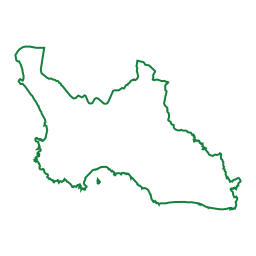 Laem Ngop, Trat, Thailand
{"feature_id": "78962969B48901516523989", "entity_name": "Laem Ngop", "entity_type": "district", "adm_level": 2, "iso_a3": "THA", "parent_name": "Thailand", "parent_adm1": "Trat", "projection": "natural_earth1", "projection_center": [102.364, 12.232], "detail": "fine", "context": "isolated", "style": "outline", "palette": "green", "viewbox_px": 256, "rotation_deg": 0, "n_neighbors": 0, "source": "geoboundaries", "source_scale": "gbopen_adm2", "svg_char_len": 5800}
<svg xmlns="http://www.w3.org/2000/svg" viewBox="0 0 256 256"><path d="M44.2,47.8L36.2,47.8L29.8,46.6L25.2,46.6L23.0,47.1L19.5,49.3L17.9,51.1L15.4,55.1L16.4,60.4L17.7,61.4L19.1,61.4L20.8,64.8L22.5,69.9L22.5,71.5L23.6,75.8L23.5,78.6L22.9,80.2L22.6,79.9L22.0,80.4L20.2,79.1L19.0,80.3L18.6,81.4L20.4,83.9L21.8,84.1L22.6,83.8L25.4,86.8L31.2,95.0L32.3,95.8L34.3,99.7L35.7,101.5L38.2,106.0L38.6,106.1L38.7,107.1L40.3,110.7L41.3,111.8L41.6,113.5L44.9,119.4L45.5,121.8L45.2,122.5L44.6,123.0L44.8,123.8L44.3,125.5L45.0,125.3L46.4,125.9L47.2,130.3L45.5,138.1L43.5,140.4L42.5,140.8L42.2,140.4L42.1,140.8L40.7,140.2L40.9,139.6L40.5,139.2L39.5,139.7L39.3,139.0L37.2,138.6L36.8,137.9L36.2,138.0L35.4,138.8L35.4,140.0L35.9,141.2L38.3,141.9L38.2,142.8L39.2,145.0L38.9,146.2L39.4,146.2L39.7,146.8L39.6,147.9L38.4,148.1L37.5,149.1L38.2,149.0L39.3,148.2L40.7,149.6L40.5,150.9L39.2,151.3L37.5,153.0L37.4,153.8L38.4,153.9L38.7,154.3L39.2,154.1L39.1,156.2L38.3,156.4L38.1,155.4L37.7,155.5L37.3,156.6L36.3,156.9L36.1,157.8L35.6,158.0L36.8,158.8L36.6,159.8L35.1,160.1L35.6,160.4L36.7,160.3L36.4,161.5L37.2,161.1L37.8,161.6L38.8,163.2L38.7,163.5L39.2,163.7L40.0,166.3L39.5,166.8L39.5,168.2L40.1,169.2L42.0,169.6L42.6,169.0L43.6,169.2L44.2,170.5L44.4,172.2L45.9,173.8L47.6,174.3L48.0,175.6L47.1,176.9L47.8,177.6L49.1,178.2L49.2,179.0L50.0,178.7L50.6,179.4L51.7,179.8L51.9,180.2L52.6,180.2L53.4,181.7L53.8,181.1L54.4,181.9L54.8,181.2L57.3,180.6L57.9,180.1L58.3,180.4L58.2,181.3L58.9,182.7L59.6,181.5L60.4,181.2L61.0,181.3L61.8,182.0L62.6,181.2L63.9,180.6L63.9,179.8L64.2,179.4L64.7,179.7L64.8,179.2L66.7,180.8L67.1,181.8L68.0,182.0L70.3,183.9L72.3,186.5L72.3,187.0L73.3,187.1L74.1,186.2L76.3,186.8L76.3,186.2L76.9,186.0L77.5,185.1L79.0,184.9L79.8,184.3L80.5,185.4L79.2,186.8L79.2,187.4L79.8,186.8L80.9,187.2L80.7,188.0L81.5,188.9L81.4,189.6L82.4,188.4L83.0,188.4L84.1,189.7L84.8,189.8L85.1,189.5L84.8,188.7L85.0,188.2L86.6,186.8L86.5,186.3L84.4,184.6L83.9,183.3L84.0,182.1L85.3,179.6L85.3,177.9L92.7,170.2L95.2,169.4L95.6,169.7L97.0,168.9L97.4,169.2L98.6,168.2L101.3,167.0L105.2,166.8L106.7,167.1L107.6,167.7L108.6,168.6L108.7,169.3L109.6,169.1L111.4,171.4L112.1,170.8L112.9,171.4L112.9,171.7L113.7,171.9L114.5,173.0L113.9,174.3L114.6,175.2L115.3,175.3L116.0,173.6L118.5,173.1L120.3,173.6L121.1,174.5L121.3,174.4L121.1,174.0L121.5,173.2L123.0,172.8L124.2,173.0L125.4,173.8L125.8,173.4L126.5,173.5L127.0,174.2L127.8,173.6L128.5,173.8L131.0,177.1L130.8,178.1L131.0,178.6L131.7,177.5L132.4,178.1L136.9,183.0L137.6,184.0L137.4,184.4L138.7,185.5L139.7,185.5L142.0,187.7L142.1,188.5L142.7,188.0L143.7,188.4L144.5,188.0L146.2,188.6L148.2,189.9L150.3,194.5L150.6,194.5L151.5,198.9L152.0,199.8L153.0,200.7L153.0,201.3L153.5,201.9L154.2,201.2L155.3,202.1L155.6,201.6L156.3,202.9L156.6,203.1L157.0,202.7L158.3,203.2L159.0,204.4L159.2,203.7L159.7,203.8L160.7,203.3L166.1,203.3L169.3,202.5L176.1,202.0L184.4,201.9L188.5,202.4L191.5,202.2L197.9,203.3L198.8,204.3L199.4,204.6L199.7,204.6L199.7,204.1L200.3,204.6L200.4,204.2L201.0,204.5L201.2,204.2L206.0,206.8L208.3,207.4L208.5,208.0L209.2,207.6L218.4,209.1L222.6,209.4L227.0,208.8L228.1,208.3L230.9,207.9L231.2,208.1L230.5,208.7L230.3,209.4L230.9,209.3L231.1,208.8L232.0,209.2L232.4,209.1L232.4,208.6L233.0,209.0L234.1,208.2L234.9,208.6L236.3,205.1L235.7,201.9L237.1,199.7L237.3,198.2L236.2,196.6L235.1,197.4L234.2,197.2L233.1,194.5L232.9,192.2L231.0,190.2L230.6,189.1L231.5,188.4L233.0,188.9L233.4,188.1L234.0,188.4L234.6,187.7L235.3,188.0L236.1,189.1L236.8,187.4L236.7,186.3L237.7,185.5L238.3,185.5L238.2,184.0L238.8,182.9L240.6,181.4L240.1,179.8L238.9,178.2L237.7,178.1L235.3,179.6L233.5,179.9L232.2,181.6L230.9,181.2L230.0,181.8L229.1,179.5L227.9,177.6L227.5,178.4L226.8,178.4L226.3,175.9L225.6,174.6L225.8,171.9L224.9,171.3L224.5,170.3L224.7,169.4L223.3,168.6L224.1,166.8L223.3,165.9L223.3,161.7L222.6,161.2L222.4,159.9L221.0,158.8L220.8,156.8L221.2,154.4L220.8,153.7L219.8,153.3L218.6,154.6L216.8,155.0L215.6,154.6L213.9,155.1L213.4,155.7L212.6,155.9L209.3,154.8L207.7,152.1L207.0,151.6L205.9,150.0L205.6,149.0L206.0,148.3L204.8,147.7L204.1,148.1L203.7,149.3L202.8,149.2L203.5,148.1L203.7,147.2L202.3,146.4L202.8,145.1L201.7,144.3L202.4,144.1L202.5,143.6L201.3,143.9L200.5,142.7L199.9,142.9L199.2,141.7L199.2,140.8L198.2,140.4L197.1,141.1L195.2,139.8L194.6,141.5L194.1,141.5L193.7,139.5L194.5,139.3L194.8,137.3L193.7,136.8L193.6,136.2L194.1,135.5L193.3,134.5L192.2,134.9L190.9,132.7L187.6,132.2L187.3,131.4L186.4,130.7L182.3,130.5L181.2,129.8L179.9,130.4L177.9,130.4L175.8,129.6L174.4,128.5L173.8,127.4L173.7,125.0L171.6,124.4L170.4,121.7L168.4,120.4L168.2,119.6L169.0,117.2L169.0,115.4L168.7,113.1L167.6,112.2L167.2,110.8L167.6,110.1L167.2,109.5L167.4,107.9L164.9,105.5L164.1,103.5L165.3,96.8L166.6,91.8L166.3,90.9L165.3,90.1L165.2,85.8L166.0,84.3L167.5,83.4L168.2,82.3L167.5,81.8L166.0,81.8L164.5,80.9L161.7,81.1L157.8,79.7L155.9,79.7L154.3,80.2L153.0,79.8L152.7,79.3L153.4,77.7L153.1,76.4L153.2,75.0L155.0,71.8L155.1,71.1L149.2,65.5L145.1,64.6L144.1,62.7L143.3,62.1L137.4,60.7L136.5,66.4L137.3,68.1L136.8,70.9L138.2,76.1L137.9,77.5L136.6,79.2L135.1,80.2L134.0,79.4L133.4,80.0L133.1,79.8L130.8,80.8L129.5,82.8L127.9,83.9L127.6,84.8L126.0,85.2L124.0,88.5L122.0,88.0L118.8,90.3L114.7,90.3L113.1,90.9L108.8,100.7L107.9,102.5L106.9,103.5L105.5,103.8L103.8,103.5L97.9,98.4L96.1,98.1L94.7,99.0L92.4,103.0L91.2,103.5L89.7,103.4L89.0,103.1L87.9,101.5L85.8,96.1L84.8,95.4L84.1,95.6L82.6,97.1L81.8,97.3L78.3,95.6L75.6,98.1L73.9,98.4L73.1,98.2L70.4,95.9L62.7,86.3L61.2,85.0L60.7,83.5L59.2,82.9L58.1,81.2L56.1,80.8L54.8,79.8L52.9,79.5L51.1,78.5L49.1,78.8L46.9,77.6L41.5,73.2L40.8,69.6L44.2,47.8ZM98.3,183.6L99.2,183.1L99.9,181.9L97.8,179.3L97.4,181.2L98.3,181.9L97.6,183.1L98.3,183.6ZM35.3,161.1L35.0,160.5L34.7,160.3L34.6,161.0L35.3,161.1Z" fill="none" stroke="#15803d" stroke-width="2"/></svg>